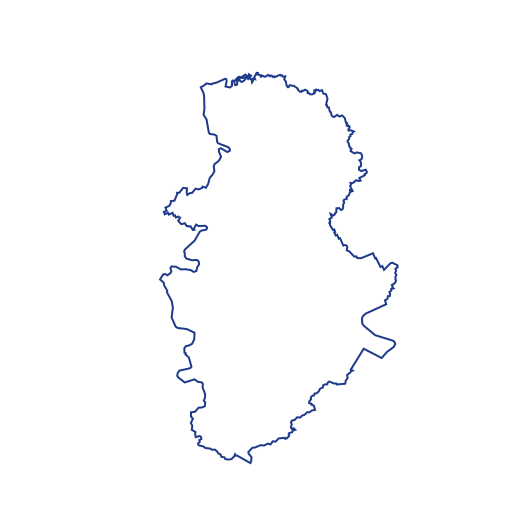 the district of Rockhampton, Queensland, Australia, rotated 238°
{"feature_id": "25037944B96392818490355", "entity_name": "Rockhampton", "entity_type": "district", "adm_level": 2, "iso_a3": "AUS", "parent_name": "Australia", "parent_adm1": "Queensland", "projection": "natural_earth1", "projection_center": [150.365, -23.417], "detail": "fine", "context": "isolated", "style": "outline", "palette": "blue", "viewbox_px": 512, "rotation_deg": 238, "n_neighbors": 0, "source": "geoboundaries", "source_scale": "gbopen_adm2", "svg_char_len": 6120}
<svg xmlns="http://www.w3.org/2000/svg" viewBox="0 0 512 512"><g transform="rotate(238 256 256)"><path d="M347.1,395.5L351.5,400.0L356.2,401.1L358.0,399.2L361.7,399.8L362.1,397.4L364.0,396.8L364.5,394.9L365.4,395.0L365.6,393.3L364.0,393.0L364.2,392.0L363.0,391.8L363.3,389.4L364.5,387.5L366.3,387.1L366.7,386.2L368.6,387.1L371.0,385.8L371.1,383.2L371.8,382.5L371.2,381.4L371.9,380.4L375.1,379.6L375.9,380.1L380.0,378.4L383.0,375.1L382.0,373.1L382.3,372.4L384.5,372.3L388.2,373.8L390.7,373.5L392.9,376.0L393.8,373.8L395.5,373.8L395.7,372.8L396.9,372.5L397.8,366.5L398.8,366.5L399.1,365.0L400.7,364.9L401.6,363.5L401.2,362.9L403.2,362.1L403.1,359.3L403.6,358.1L405.5,357.1L405.4,355.5L406.4,355.9L406.5,355.2L407.8,355.1L409.0,353.5L410.2,354.6L411.0,353.6L408.4,349.2L406.5,348.9L408.2,347.4L408.1,346.5L406.1,346.4L405.4,344.7L407.9,345.8L410.2,344.2L411.5,347.4L413.9,346.2L410.6,343.0L412.8,342.3L413.7,343.6L415.5,343.1L415.3,338.5L414.1,338.8L413.2,341.6L411.8,340.8L411.0,338.7L411.2,336.0L413.2,335.3L414.4,333.7L415.1,334.3L415.1,337.1L416.4,337.3L417.2,336.1L416.2,331.7L414.0,332.6L411.4,330.8L411.6,329.4L412.4,328.8L415.5,330.0L417.2,329.2L416.8,328.1L413.0,325.8L412.7,323.2L415.9,320.0L420.0,323.9L421.5,324.5L422.6,323.9L423.9,314.7L425.3,310.4L425.0,309.5L428.6,305.4L428.1,302.0L428.4,298.6L421.9,297.8L418.9,296.6L408.2,290.3L403.6,286.4L398.0,286.4L385.4,281.3L383.7,281.8L381.2,284.9L378.8,286.2L374.0,283.8L371.8,283.5L362.8,290.3L360.2,290.4L359.1,289.5L359.4,286.7L365.9,283.4L366.3,281.2L364.5,280.0L358.6,278.9L356.4,274.8L355.8,269.3L354.1,267.5L350.0,265.7L347.8,261.9L346.9,258.4L342.4,253.5L340.4,249.7L343.1,247.5L342.3,246.4L342.8,242.8L345.1,240.4L343.4,235.2L344.4,233.0L344.2,230.1L346.5,230.7L349.9,233.4L352.4,230.3L350.3,224.6L351.4,222.6L350.5,222.3L346.1,216.1L347.7,212.9L346.0,211.7L344.5,209.2L345.0,204.8L341.8,204.3L342.2,201.2L339.7,200.8L339.4,204.3L337.3,204.0L336.8,208.0L333.7,207.5L333.5,208.8L331.0,208.5L330.7,210.9L328.6,211.9L327.1,208.7L323.3,209.3L322.5,209.7L321.4,213.1L318.2,213.0L317.6,214.2L316.7,214.3L315.9,216.3L311.5,216.2L311.0,217.8L312.1,217.8L314.3,221.9L311.9,223.1L308.4,229.1L306.3,229.7L305.1,228.7L304.8,227.4L306.4,223.4L306.4,221.2L301.6,212.2L299.1,198.9L297.8,197.3L296.1,197.1L293.4,195.4L290.6,195.7L286.2,199.6L284.1,203.7L281.8,204.5L279.2,203.4L277.4,199.9L274.9,197.5L275.5,194.7L278.6,193.2L282.2,189.1L284.4,185.2L289.2,182.5L291.9,178.9L291.3,177.2L287.7,175.9L286.8,174.4L286.6,170.6L288.9,169.4L289.5,167.4L287.0,162.2L282.2,163.6L279.6,162.5L273.5,162.3L272.6,161.3L262.2,160.6L256.2,158.1L248.6,151.9L238.8,150.4L236.4,151.5L230.8,158.5L223.5,163.2L217.9,159.3L215.4,155.2L215.6,152.1L216.7,148.6L215.7,146.3L211.9,144.1L210.8,144.9L209.8,144.0L205.7,145.3L196.3,142.6L195.8,141.1L196.3,139.0L199.4,130.3L198.4,127.8L196.2,125.7L194.3,125.7L186.5,128.6L184.0,138.5L180.2,140.0L177.4,143.1L175.5,143.1L173.0,141.1L165.9,139.7L163.0,137.8L160.9,135.1L158.7,135.4L155.7,132.9L156.3,129.6L157.8,126.9L156.2,121.7L157.9,118.1L154.5,115.8L151.4,116.2L148.8,112.2L145.9,112.1L142.6,109.4L138.8,111.4L137.3,110.0L134.3,108.9L133.2,112.9L131.6,113.5L129.7,112.7L129.9,110.3L128.2,109.8L127.7,107.4L125.8,107.1L122.3,110.5L120.1,111.2L116.8,115.3L115.0,116.0L113.7,118.4L111.0,119.5L108.8,119.3L106.4,120.8L104.1,120.2L102.0,122.5L100.2,122.3L98.0,124.7L96.8,127.6L97.6,131.3L98.9,133.1L97.4,133.0L96.8,134.2L83.4,141.5L84.6,143.2L87.8,145.6L92.4,145.0L93.8,145.7L95.1,150.3L95.2,151.7L94.2,153.3L93.2,159.5L91.0,162.4L90.6,166.7L88.5,168.4L90.0,172.0L88.2,174.3L89.3,178.6L86.5,184.1L85.5,183.9L85.0,185.7L86.0,189.0L87.4,189.1L88.2,190.1L87.4,193.3L88.4,194.6L87.8,197.2L90.0,196.6L90.2,194.8L92.2,194.7L94.3,197.1L96.4,197.5L97.4,199.2L96.5,202.0L97.4,205.4L95.6,207.8L96.2,210.7L95.6,213.0L96.4,216.7L95.1,218.4L95.4,221.4L94.2,224.5L98.4,225.8L100.5,224.2L101.3,224.8L103.1,223.1L104.6,224.2L105.3,226.8L106.8,227.3L107.4,228.6L107.6,229.9L107.0,231.2L108.3,232.9L107.4,234.6L107.9,237.4L109.4,239.7L109.1,243.2L110.8,244.5L110.6,246.3L109.4,248.4L110.5,249.6L110.8,251.0L110.4,251.9L106.6,254.5L105.2,256.7L104.2,256.5L100.4,264.0L102.7,266.0L103.9,269.0L106.9,270.3L107.3,274.6L108.0,275.5L107.6,277.2L109.4,276.2L120.3,298.2L102.9,308.5L105.2,316.1L105.9,324.8L107.7,327.6L110.6,327.8L111.7,327.2L125.7,315.1L139.9,310.4L142.4,310.3L146.8,312.7L148.4,314.9L149.0,318.6L146.1,340.8L150.1,341.9L150.0,344.7L152.1,346.6L151.1,348.0L152.4,349.5L154.7,350.0L154.9,352.3L156.3,353.0L155.7,355.4L157.1,354.9L158.0,355.9L159.4,355.8L159.4,359.4L161.1,361.9L162.3,361.8L164.6,363.4L165.6,365.0L167.8,365.0L169.2,367.0L171.3,367.5L171.5,370.2L173.2,371.0L177.9,368.2L178.6,366.3L176.4,357.2L180.5,357.8L180.7,355.8L190.7,356.7L190.8,355.8L196.3,356.7L198.4,344.2L200.4,340.9L202.5,340.9L203.4,339.0L210.4,337.6L212.7,336.0L215.1,338.1L216.8,338.4L218.5,336.7L218.6,335.6L226.6,336.7L226.8,335.4L231.0,336.0L231.2,334.4L234.4,334.9L234.3,335.9L237.0,336.4L237.1,335.1L243.1,335.2L244.9,336.4L245.3,335.9L246.3,337.5L248.4,337.7L248.4,340.6L252.1,341.6L249.4,343.0L249.4,344.6L250.4,345.8L250.4,347.1L253.8,349.5L252.6,351.9L249.9,352.5L249.7,354.0L250.9,355.6L253.3,357.0L254.5,359.1L256.3,359.3L257.1,360.6L256.3,363.2L258.1,364.2L258.4,367.1L260.9,370.2L262.4,370.7L262.3,371.3L260.1,371.1L259.9,372.4L265.4,372.8L266.1,374.2L267.9,374.9L266.8,376.1L266.5,378.7L267.1,379.2L267.1,381.3L265.4,382.4L264.5,384.6L267.4,385.0L266.8,391.1L267.8,391.4L267.9,393.9L268.6,394.6L271.0,394.8L272.3,390.2L274.6,389.1L276.7,390.4L276.5,392.4L277.8,393.6L280.4,394.7L282.4,394.4L282.2,396.6L283.1,398.1L285.3,399.3L287.6,399.4L290.5,396.2L290.8,393.9L294.8,391.8L296.1,393.7L297.0,393.0L297.8,393.6L299.8,393.2L302.3,394.4L304.4,394.2L305.1,394.6L305.8,396.8L307.4,398.0L307.5,399.6L308.9,400.3L308.6,402.6L309.8,403.7L309.8,404.9L312.6,402.8L313.0,401.3L314.0,401.0L315.7,403.8L317.7,403.5L317.5,402.6L318.7,402.0L320.7,403.7L321.4,402.9L325.9,404.4L329.6,403.5L330.0,400.7L332.7,399.6L332.5,396.0L333.5,394.9L335.7,394.7L338.3,395.7L339.3,395.1L343.4,396.5L344.3,395.3L346.3,396.1L347.1,395.5Z" fill="none" stroke="#1e3a8a" stroke-width="2"/></g></svg>